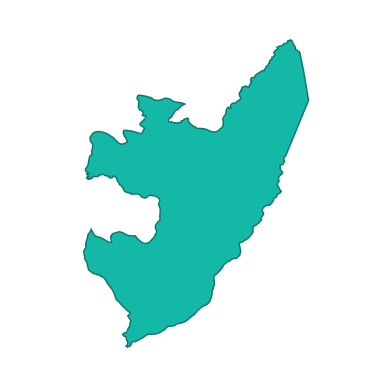 Santo Domingo Tepuxtepec, Oaxaca, Mexico (Natural Earth projection), rotated 275°
{"feature_id": "50627088B60022812235363", "entity_name": "Santo Domingo Tepuxtepec", "entity_type": "district", "adm_level": 2, "iso_a3": "MEX", "parent_name": "Mexico", "parent_adm1": "Oaxaca", "projection": "natural_earth1", "projection_center": [-96.068, 16.934], "detail": "fine", "context": "isolated", "style": "filled", "palette": "teal", "viewbox_px": 384, "rotation_deg": 275, "n_neighbors": 0, "source": "geoboundaries", "source_scale": "gbopen_adm2", "svg_char_len": 6041}
<svg xmlns="http://www.w3.org/2000/svg" viewBox="0 0 384 384"><g transform="rotate(275 192 192)"><path d="M32.6,139.7L31.8,141.1L33.2,143.8L34.2,144.6L36.7,144.8L37.9,146.9L38.0,148.5L39.3,150.7L42.8,156.0L46.1,159.8L47.6,169.0L49.1,172.1L52.3,176.5L56.0,179.6L57.1,185.8L57.6,186.6L59.3,188.2L60.4,192.2L62.2,196.4L64.1,198.5L68.6,203.0L70.1,204.9L71.1,205.7L74.0,207.5L77.8,211.2L79.2,213.0L81.3,216.6L81.9,217.3L84.6,219.3L88.4,220.3L92.0,220.9L95.0,220.5L96.2,220.9L97.6,221.7L99.4,221.5L101.6,222.5L106.9,221.6L108.5,221.1L111.0,221.7L111.7,222.8L113.8,224.7L115.6,226.0L116.3,227.0L117.7,227.6L119.1,228.8L121.8,229.7L122.4,230.1L125.6,233.5L126.6,235.1L126.8,236.0L128.7,237.7L129.2,238.7L129.8,242.1L131.1,243.1L133.0,245.0L135.4,245.3L136.2,245.6L138.2,245.4L144.8,243.5L145.4,243.7L146.5,246.4L147.2,247.4L148.1,248.1L149.5,250.3L150.7,251.7L153.7,254.2L157.5,256.3L159.1,255.9L160.4,256.0L161.9,255.6L163.5,257.0L165.2,259.4L166.3,260.1L167.5,261.9L168.8,262.2L169.3,262.6L169.8,263.5L171.5,263.2L172.4,263.3L176.3,265.3L178.0,264.6L179.2,263.6L181.3,263.7L183.3,264.9L185.0,267.1L185.7,270.6L189.0,273.0L190.7,273.8L192.7,274.2L194.5,276.7L196.4,277.0L199.0,279.9L200.2,280.9L200.8,280.6L201.0,280.0L206.8,276.3L207.5,276.1L210.0,277.8L212.9,277.0L214.4,277.1L215.8,278.0L216.3,278.7L217.0,278.9L217.4,279.6L218.2,280.3L218.9,280.5L219.4,280.5L220.3,280.0L221.6,278.2L226.0,277.4L226.5,277.8L227.1,279.4L228.1,280.5L230.6,281.4L233.3,280.3L236.3,282.1L238.2,282.8L293.4,300.1L322.3,292.6L340.8,287.1L343.1,282.8L346.2,281.8L348.1,279.8L350.6,279.0L352.2,277.0L351.2,276.0L351.3,274.6L350.7,274.2L349.7,274.2L348.2,272.8L348.0,270.8L346.6,270.1L345.5,268.2L344.9,266.1L344.5,265.6L343.2,265.2L343.5,264.2L342.0,265.0L341.3,263.9L338.7,261.5L337.8,261.4L336.4,262.4L335.2,262.4L334.3,261.6L333.6,261.4L333.2,259.8L332.6,259.7L331.7,260.2L330.8,259.5L330.5,258.6L329.7,258.2L328.2,257.9L327.1,258.2L326.8,257.2L324.0,256.1L323.6,254.8L322.1,254.9L320.3,253.4L319.6,253.7L319.1,253.3L318.8,251.4L318.3,250.3L317.6,249.5L317.0,249.2L316.7,248.9L316.5,248.1L315.9,247.6L314.7,245.8L314.3,245.3L313.2,245.2L312.4,244.1L311.7,244.1L311.2,243.7L311.1,241.5L310.8,241.2L308.6,240.7L307.6,241.8L307.3,241.2L306.8,241.1L306.4,241.4L303.4,240.0L301.8,239.8L301.6,239.2L301.7,238.4L302.0,237.4L302.0,236.6L301.6,236.2L302.1,235.7L300.7,233.0L300.3,232.6L298.8,232.5L297.6,231.7L297.4,231.8L297.2,232.6L296.8,232.4L295.9,231.2L294.8,230.6L293.4,230.5L290.8,231.6L290.2,232.3L289.8,232.5L288.5,232.0L286.5,229.4L284.1,227.1L284.1,225.2L283.6,224.2L281.6,222.8L280.7,222.9L279.8,223.2L279.4,223.8L278.9,223.5L279.1,223.0L278.9,222.3L279.6,220.6L278.8,220.6L277.8,219.4L276.3,218.9L272.6,218.8L271.7,218.5L270.4,217.5L268.3,216.4L266.7,216.4L265.6,217.0L260.0,217.1L255.3,212.8L254.0,210.7L253.7,208.1L253.9,206.2L254.4,203.9L255.1,202.6L255.6,201.1L256.1,197.5L256.0,193.9L255.7,192.2L256.1,190.9L257.3,189.3L257.7,187.4L260.3,183.8L261.7,182.5L264.1,182.2L265.3,181.0L264.2,179.5L264.1,178.1L263.7,177.7L263.0,177.4L262.4,176.6L262.0,175.3L260.5,174.8L259.7,172.9L259.7,171.7L259.4,171.2L259.5,167.8L259.6,166.5L260.3,165.5L259.9,164.5L259.9,163.2L260.3,162.4L261.9,162.2L263.2,162.9L264.6,164.7L265.7,165.5L268.0,166.4L268.9,167.2L271.2,167.9L272.0,168.9L272.9,170.4L273.8,171.4L277.5,174.6L278.0,175.9L279.0,177.2L279.5,175.7L280.0,172.6L280.1,168.4L280.4,166.5L281.0,164.6L282.4,162.5L283.0,160.2L283.2,158.1L282.9,156.5L281.2,153.5L280.4,150.8L280.1,148.3L280.5,146.2L282.6,142.5L282.8,139.7L283.2,138.8L283.4,137.4L283.9,130.9L283.0,129.5L280.4,129.0L278.7,130.2L278.3,131.1L271.8,131.2L269.2,132.7L268.2,135.7L267.1,136.4L265.9,136.3L264.0,135.8L263.4,137.7L263.5,139.2L261.4,139.2L256.1,134.5L254.3,134.4L252.8,136.6L252.7,137.7L251.3,139.1L248.5,137.8L247.4,137.6L245.8,136.6L245.9,134.1L246.9,129.9L247.4,126.5L247.7,121.5L247.4,118.6L244.6,118.3L241.5,120.0L239.6,121.7L236.5,123.1L234.6,121.0L234.0,119.5L233.5,117.5L233.7,116.1L234.4,114.5L239.3,108.8L242.3,103.1L243.3,100.1L244.0,96.8L244.1,92.8L243.2,90.2L241.9,88.1L237.0,85.6L233.7,86.5L231.3,88.6L229.6,89.1L226.1,89.0L224.1,88.4L221.1,89.1L218.4,86.9L212.0,86.3L209.1,85.8L208.3,85.6L207.4,84.8L206.8,84.8L205.9,83.9L203.7,84.2L202.6,85.9L202.5,86.5L202.1,86.7L201.6,87.9L201.3,87.5L201.2,85.8L200.9,85.4L200.0,86.4L199.4,86.8L198.8,86.9L197.0,85.7L196.7,86.0L196.8,86.3L197.6,87.4L197.6,87.7L197.0,87.8L195.9,87.1L195.6,87.2L195.5,87.5L195.6,88.2L197.1,91.4L197.4,91.5L198.1,91.0L198.7,91.6L198.8,93.8L199.4,97.3L200.3,97.6L200.6,98.1L201.8,101.6L201.7,102.6L200.8,104.0L200.8,105.8L200.4,106.2L200.7,107.5L200.4,108.2L199.9,108.4L199.6,108.0L199.1,108.4L199.0,109.2L199.0,110.4L199.3,111.2L199.9,112.0L200.8,112.5L201.2,113.7L200.3,114.8L196.4,116.7L196.0,117.3L195.4,117.8L192.9,119.3L191.9,121.3L190.8,121.9L190.3,122.7L187.0,124.7L186.6,125.3L185.9,127.3L185.4,131.1L184.6,131.4L185.4,138.4L184.6,140.2L182.6,142.5L182.0,144.8L182.0,146.4L184.3,148.8L185.1,150.6L184.8,155.6L183.5,158.9L182.2,160.0L181.0,160.6L179.8,160.5L176.8,159.7L172.2,161.9L164.3,162.1L163.1,162.5L161.2,162.5L159.6,160.9L155.7,158.6L153.5,158.5L149.4,160.3L148.2,160.2L146.0,158.8L144.7,158.8L141.7,156.8L137.9,153.5L137.1,151.4L136.6,149.5L136.8,148.0L137.5,146.3L140.8,141.6L143.4,139.4L143.0,135.6L143.0,133.2L143.9,129.8L145.6,126.1L146.1,123.0L143.5,116.5L140.8,115.0L139.2,115.1L136.0,116.2L135.0,116.2L134.7,113.3L137.1,108.6L138.6,104.9L139.4,100.3L140.7,98.3L145.9,94.8L144.4,94.5L141.3,92.6L139.6,92.0L137.7,91.9L133.8,91.0L130.9,90.6L128.0,91.2L126.6,90.9L125.6,90.1L123.4,89.2L115.3,91.4L113.0,93.2L105.4,95.8L103.1,99.3L102.1,101.5L102.0,102.8L101.3,104.8L101.3,106.7L99.8,109.3L99.1,111.5L97.5,113.0L93.7,115.7L87.6,121.2L83.5,123.7L79.1,125.4L77.6,126.7L76.3,128.6L72.5,132.6L69.0,136.9L65.9,141.3L63.1,138.8L58.4,142.4L56.4,141.8L54.8,141.6L53.8,141.9L52.5,141.4L50.6,140.3L47.4,139.6L46.4,138.7L45.5,136.6L44.7,135.6L43.4,135.7L42.3,137.3L42.0,138.9L40.3,139.5L38.6,139.8L37.4,140.8L36.3,141.2L34.5,141.0L32.6,139.7Z" fill="#14b8a6" stroke="#0f766e" stroke-width="1.5"/></g></svg>